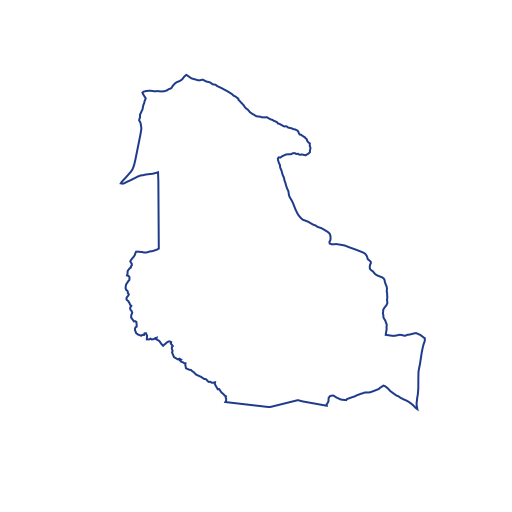 the district of Teso South, Western, Kenya, rotated 253°
{"feature_id": "3690345B15305563297607", "entity_name": "Teso South", "entity_type": "district", "adm_level": 2, "iso_a3": "KEN", "parent_name": "Kenya", "parent_adm1": "Western", "projection": "albers", "projection_center": [34.227, 0.538], "detail": "fine", "context": "isolated", "style": "outline", "palette": "blue", "viewbox_px": 512, "rotation_deg": 253, "n_neighbors": 0, "source": "geoboundaries", "source_scale": "gbopen_adm2", "svg_char_len": 6110}
<svg xmlns="http://www.w3.org/2000/svg" viewBox="0 0 512 512"><g transform="rotate(253 256 256)"><path d="M232.4,354.0L237.0,347.8L240.2,343.8L243.9,336.4L244.9,332.1L246.4,330.1L248.1,330.4L249.5,331.8L251.2,332.5L253.7,333.1L256.0,332.9L258.1,331.6L260.6,329.4L263.6,326.6L264.8,324.8L266.2,323.0L267.7,322.0L268.6,320.7L269.5,319.6L273.7,315.7L275.2,313.8L276.3,312.3L277.1,311.3L278.7,310.3L280.3,309.5L282.5,308.6L283.9,308.2L288.6,307.4L295.1,306.9L298.2,306.5L302.2,305.5L304.3,305.3L308.4,305.9L310.8,305.6L312.8,305.4L315.4,305.4L317.2,305.5L319.9,305.3L321.5,305.5L323.0,305.6L324.9,305.3L326.5,305.2L329.2,305.3L331.0,305.3L333.0,305.0L334.3,305.1L335.5,305.4L336.8,305.4L338.3,305.1L339.6,305.1L341.1,305.1L342.6,305.3L343.7,306.6L343.0,307.9L343.9,310.8L344.0,312.3L344.3,314.0L344.1,315.6L343.1,319.2L343.5,321.2L343.0,323.2L341.8,324.3L341.5,326.0L340.3,327.0L339.8,328.2L339.7,329.5L338.8,331.2L337.8,332.9L338.7,336.4L339.6,338.0L341.4,338.5L342.5,339.3L343.7,339.7L345.7,339.6L347.9,340.4L349.5,339.2L351.4,338.6L353.1,338.6L354.1,337.8L355.5,337.3L356.4,336.3L358.8,334.5L359.4,333.3L360.8,332.9L362.5,332.8L363.7,332.4L365.6,330.4L366.4,328.8L367.7,327.4L368.5,326.0L369.4,324.3L370.7,323.5L371.4,322.3L371.6,320.9L372.6,319.8L374.0,318.5L375.5,317.1L376.3,315.7L377.6,315.3L379.0,314.0L380.1,312.5L381.5,311.4L382.3,310.0L384.5,307.9L385.6,306.9L385.8,305.5L386.4,303.8L386.9,302.2L387.9,300.9L388.6,299.3L389.2,297.8L390.3,296.4L391.6,295.5L392.6,294.4L393.8,293.4L395.4,292.2L398.3,291.0L400.1,289.6L402.0,288.7L403.8,288.3L404.8,287.7L406.0,287.3L407.0,286.6L408.7,285.9L410.5,284.9L411.7,285.1L412.8,284.2L414.5,283.0L415.9,281.4L417.5,280.6L419.1,279.3L422.9,275.9L424.2,274.5L426.0,272.8L428.5,270.1L429.9,268.5L431.5,267.5L433.0,264.6L434.2,263.8L435.3,262.9L436.3,261.5L437.0,260.1L437.9,258.9L439.1,257.8L440.2,256.6L440.5,253.4L441.0,251.9L442.0,250.5L443.7,247.8L444.7,246.3L445.6,245.5L448.2,243.5L449.6,242.3L448.8,240.4L447.9,238.9L446.7,237.4L445.9,235.3L445.6,233.7L445.4,231.1L444.9,229.4L444.0,227.7L442.8,225.8L441.6,224.6L441.1,223.3L441.0,221.0L440.4,219.3L440.4,216.4L440.7,214.9L441.2,213.1L442.6,209.8L442.9,207.8L445.0,203.1L445.5,201.2L445.9,199.0L446.0,196.6L445.5,195.2L444.0,195.3L442.0,195.8L440.0,196.4L438.9,196.6L436.9,194.9L434.8,193.7L433.3,192.4L429.2,190.2L427.8,188.8L426.4,187.7L425.3,186.5L422.2,185.5L421.0,184.4L419.6,183.9L418.0,184.4L416.1,184.4L412.6,183.9L411.0,183.5L405.4,180.7L383.0,168.6L379.1,166.3L376.8,164.7L374.9,163.1L373.3,161.2L369.6,155.2L366.1,149.2L365.0,148.0L364.1,149.7L364.1,151.4L364.8,155.2L365.2,158.9L365.5,160.1L366.0,163.3L366.6,166.3L366.6,167.9L366.8,169.3L366.3,171.2L366.2,173.8L365.6,177.5L364.9,180.8L364.7,184.7L364.7,186.8L355.8,184.4L291.5,165.2L291.1,163.4L291.0,161.5L291.0,160.2L290.9,158.9L291.0,157.7L291.4,156.5L291.3,153.4L291.6,151.3L292.2,149.7L293.0,148.4L294.6,144.5L295.2,142.6L294.0,141.5L292.4,140.4L291.1,138.9L290.3,137.6L288.8,135.4L287.6,134.2L286.2,134.5L285.0,134.9L283.5,134.6L282.7,133.4L281.5,132.9L281.2,131.6L279.6,129.4L278.5,128.5L276.8,128.1L275.1,126.9L274.2,128.3L272.9,128.8L271.4,128.4L270.0,127.8L269.1,126.2L268.0,125.1L267.2,123.9L266.0,123.0L263.5,121.9L261.6,121.9L260.6,122.7L259.4,123.0L258.0,122.6L256.5,123.2L255.5,122.3L254.0,120.1L252.6,119.5L251.5,119.8L249.9,120.8L248.1,121.2L246.2,121.4L244.7,122.2L243.6,120.7L242.3,120.2L241.0,120.4L239.6,121.0L238.0,121.1L236.8,120.1L235.7,119.3L233.6,118.6L229.1,120.2L229.0,121.4L228.0,122.3L226.3,122.0L224.6,121.6L223.3,121.2L223.1,120.0L221.9,119.0L220.5,118.6L217.1,118.9L215.2,120.4L213.3,123.0L213.8,124.3L213.2,125.8L214.6,126.8L214.3,128.2L211.5,128.5L209.8,127.8L208.2,127.2L207.5,129.4L207.8,131.0L206.7,131.8L206.4,133.9L206.9,135.6L206.9,137.1L205.6,136.2L203.0,138.7L199.8,139.7L197.3,140.9L198.1,142.4L198.6,143.9L199.2,145.0L199.6,146.2L199.8,147.6L199.3,148.9L198.4,149.7L197.1,148.9L195.6,149.6L194.2,150.1L193.5,148.9L191.9,148.4L189.7,148.5L188.3,147.5L183.2,148.0L182.1,149.1L180.0,151.0L180.2,152.8L178.8,154.0L178.4,152.7L176.9,153.5L175.7,155.0L174.5,156.0L174.0,157.2L172.7,156.6L169.1,156.2L166.6,159.1L166.1,160.4L164.4,161.4L163.1,162.5L161.7,163.2L160.0,164.1L156.4,168.2L155.1,169.2L153.5,170.6L153.1,171.8L151.9,172.7L150.5,173.2L149.4,174.0L149.1,175.5L147.9,176.4L147.3,178.0L147.2,179.9L145.8,179.2L143.9,179.5L139.7,180.5L139.6,181.8L135.5,183.1L133.3,184.6L131.7,185.2L130.6,186.3L129.6,185.6L128.0,185.7L126.4,185.1L125.3,184.0L108.4,222.7L107.7,224.5L107.4,226.0L105.9,253.9L103.3,258.1L92.1,279.9L93.5,280.2L94.3,281.3L95.7,282.7L99.1,284.0L100.4,285.8L100.3,287.7L99.8,289.4L98.5,290.4L96.5,292.2L95.6,293.3L93.9,295.2L91.8,300.0L92.6,301.3L92.7,303.1L92.8,305.2L92.9,309.5L93.4,312.1L93.4,314.0L93.6,315.8L93.5,318.2L93.7,320.1L93.3,321.2L93.0,322.4L92.6,323.6L92.3,325.1L92.4,328.0L92.7,331.8L92.8,332.9L92.9,334.6L93.6,335.8L93.9,337.0L94.8,340.0L93.5,341.6L90.6,343.5L87.8,344.8L85.7,346.3L81.4,349.6L80.5,350.9L78.0,352.9L75.4,355.6L74.4,356.9L71.8,359.5L70.5,360.4L69.4,361.3L67.0,362.8L64.2,364.2L62.4,365.5L66.4,366.0L68.2,366.5L69.8,367.2L71.2,367.9L72.9,368.5L75.1,369.7L77.6,370.8L81.9,372.5L91.3,375.4L97.9,377.6L100.5,378.9L104.7,381.2L114.9,386.1L119.2,388.4L122.2,390.2L125.5,392.6L128.0,393.4L129.2,392.4L130.9,391.2L132.6,390.0L133.4,388.9L134.4,387.9L135.5,386.4L135.8,384.3L135.8,383.1L136.0,379.5L136.4,377.8L136.1,375.6L136.6,374.1L137.9,372.2L138.7,370.1L139.0,366.3L139.4,364.1L140.4,361.8L142.7,357.0L147.0,359.1L148.3,359.7L149.9,360.0L151.2,360.7L152.6,361.0L153.9,360.8L155.9,360.8L157.5,360.5L158.8,360.1L160.2,359.9L162.2,360.5L164.1,360.6L165.5,361.3L167.2,361.8L168.6,363.2L169.9,365.0L171.0,366.6L172.7,367.9L174.0,368.2L175.6,368.4L178.3,369.6L179.6,369.8L182.4,370.6L183.7,370.6L186.5,371.7L188.8,372.0L191.1,371.7L193.7,371.7L195.8,371.9L197.0,371.6L198.6,370.5L202.0,366.2L203.9,364.6L205.9,363.8L207.3,363.2L208.3,362.3L209.5,361.6L210.7,361.2L212.4,361.6L214.4,362.6L215.6,363.8L217.0,364.0L218.8,363.0L220.2,362.0L221.6,362.0L223.8,361.9L226.2,361.1L227.2,360.2L228.4,359.0L232.4,354.0Z" fill="none" stroke="#1e3a8a" stroke-width="2"/></g></svg>